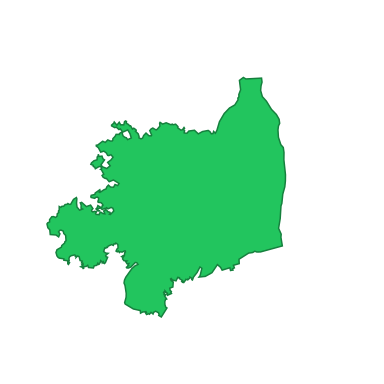 Nawabganj, Rajshahi, Bangladesh, rotated 217°
{"feature_id": "16705992B76725860359822", "entity_name": "Nawabganj", "entity_type": "district", "adm_level": 2, "iso_a3": "BGD", "parent_name": "Bangladesh", "parent_adm1": "Rajshahi", "projection": "robinson", "projection_center": [88.409, 24.691], "detail": "fine", "context": "isolated", "style": "filled", "palette": "green", "viewbox_px": 384, "rotation_deg": 217, "n_neighbors": 0, "source": "geoboundaries", "source_scale": "gbopen_adm2", "svg_char_len": 6009}
<svg xmlns="http://www.w3.org/2000/svg" viewBox="0 0 384 384"><g transform="rotate(217 192 192)"><path d="M248.0,59.9L247.1,59.8L247.3,62.0L249.6,62.4L248.9,63.4L250.2,64.7L250.8,66.6L250.2,68.3L248.0,71.0L247.1,71.2L246.5,70.4L245.7,71.0L245.2,70.0L244.8,72.1L243.2,72.4L240.1,69.9L238.1,70.7L237.6,69.0L236.2,69.4L235.5,68.8L236.3,67.9L235.0,67.5L235.9,65.4L234.3,65.9L232.9,65.4L232.6,66.0L233.6,67.2L231.8,68.8L231.2,70.7L229.2,69.4L225.0,72.0L225.7,74.2L223.9,76.1L224.3,78.4L223.1,77.8L222.7,78.3L223.0,81.0L223.7,82.2L222.2,82.2L221.0,81.3L220.8,82.9L219.5,82.0L218.8,82.2L218.7,83.6L220.1,89.1L221.8,88.6L222.8,89.4L222.1,92.5L224.1,91.3L226.7,91.3L228.0,94.8L227.0,95.3L226.9,96.5L226.2,96.8L226.4,98.3L224.6,101.6L222.7,102.0L223.1,103.6L222.0,104.4L222.2,105.2L221.4,105.5L219.6,105.4L217.4,102.9L217.6,101.2L217.1,99.1L215.7,99.2L215.4,100.5L213.6,100.0L213.6,100.9L211.6,102.0L210.4,104.5L209.8,104.8L209.0,104.0L209.2,103.1L207.7,100.4L207.8,99.6L208.7,99.8L209.3,98.0L207.7,98.3L207.2,96.8L205.0,96.2L202.5,97.7L202.8,96.4L200.7,95.6L199.4,96.9L199.2,95.1L198.4,95.1L199.1,92.4L198.6,92.1L197.2,92.8L195.6,95.4L194.9,101.6L193.5,102.3L191.5,101.7L193.0,98.9L193.9,94.6L193.6,84.1L192.9,81.0L191.5,78.4L189.2,77.0L183.5,71.4L181.3,68.3L179.2,63.1L177.9,62.3L168.4,63.3L162.0,66.2L160.2,64.3L159.2,66.4L156.8,68.8L156.0,68.4L156.6,67.6L154.6,66.8L153.3,68.7L152.4,68.8L152.3,71.2L149.7,71.1L150.2,72.8L149.3,74.9L146.1,75.4L144.5,74.3L144.3,73.4L141.3,73.7L142.2,84.3L143.6,84.2L145.8,85.7L147.7,88.0L148.5,90.3L147.8,91.3L151.2,92.4L151.2,94.4L152.6,93.3L153.2,94.4L154.1,94.5L154.2,95.6L153.5,96.3L154.0,96.8L153.0,96.7L152.7,96.0L150.7,96.4L149.4,94.8L147.3,98.6L148.4,99.0L148.5,100.0L150.4,100.4L151.9,101.8L150.1,104.6L152.8,108.8L155.3,108.7L156.8,109.6L156.6,110.4L154.6,110.0L151.3,111.4L152.0,115.3L150.5,116.0L150.1,115.2L146.6,115.6L146.4,113.7L146.4,115.3L144.9,115.2L144.9,114.3L144.1,114.7L144.1,118.4L145.0,118.3L142.6,119.2L142.8,119.9L142.4,119.9L141.9,122.0L142.4,122.8L139.8,123.0L139.5,121.9L138.7,122.0L139.6,125.0L139.5,130.7L140.5,136.9L138.2,137.0L135.2,130.1L135.2,128.3L130.6,132.6L127.5,139.6L128.0,149.3L123.8,149.0L120.9,147.7L116.2,154.3L114.0,152.5L112.3,154.3L113.4,155.0L112.5,156.9L114.8,158.4L111.2,163.2L114.0,166.6L110.0,177.3L107.1,180.2L106.2,182.5L104.1,183.1L101.2,185.4L87.4,203.3L93.7,209.3L95.4,212.0L101.0,215.1L105.6,223.9L112.6,234.5L113.4,237.0L118.2,244.9L121.0,252.0L124.1,257.1L127.7,262.0L138.0,273.0L142.3,278.9L145.9,282.5L149.6,283.3L155.9,287.7L160.7,293.3L162.7,296.8L163.3,299.6L166.2,302.5L171.3,304.7L178.3,305.8L187.2,309.3L193.2,310.5L198.3,314.4L200.8,318.4L202.2,321.9L205.0,324.8L217.0,314.7L219.9,314.4L221.3,309.7L214.7,302.9L213.3,298.1L211.8,296.2L211.9,294.6L210.7,293.3L210.2,287.3L212.6,281.7L213.5,274.1L212.4,264.7L209.2,256.2L208.7,253.0L211.2,253.4L210.4,251.3L211.6,250.1L214.0,251.0L216.1,250.9L220.0,246.6L222.0,242.2L227.2,242.8L231.2,238.8L231.4,235.9L233.2,234.7L233.9,234.5L234.9,236.6L236.5,236.6L236.3,238.4L237.2,238.7L237.1,236.0L238.1,234.7L242.0,234.7L242.6,235.8L245.9,236.3L247.6,234.3L248.7,234.3L249.2,233.1L254.3,231.7L256.3,228.6L259.4,228.4L259.3,227.5L257.3,225.3L257.5,221.4L257.8,220.3L258.7,219.8L261.8,219.5L262.6,217.7L262.7,215.6L258.5,213.2L258.3,212.4L260.1,211.0L264.2,211.4L264.6,208.0L263.9,205.3L264.7,203.8L266.9,203.3L267.7,204.5L270.0,206.1L273.7,206.5L273.5,207.4L274.2,208.0L276.9,207.9L277.4,206.4L280.9,207.9L281.6,207.3L283.5,207.7L285.7,207.3L286.8,208.9L287.9,208.7L288.2,207.6L286.9,204.6L289.4,202.7L292.1,203.9L292.2,200.2L296.2,201.1L295.9,199.9L296.5,197.0L296.0,196.4L292.5,196.9L291.4,198.2L287.9,197.9L287.2,199.3L283.4,198.0L280.7,202.9L276.7,201.3L273.0,198.6L274.9,195.1L277.1,195.8L278.8,195.2L281.1,195.4L283.3,197.2L284.5,196.8L285.1,195.0L284.6,194.3L287.3,192.4L286.9,190.2L287.3,187.1L286.4,185.6L286.5,184.6L287.8,183.6L290.6,182.9L291.1,179.4L293.9,178.8L295.6,172.7L296.6,171.8L296.2,171.1L293.4,171.0L288.9,168.9L287.0,171.6L283.9,171.6L281.4,170.5L280.3,171.0L279.2,173.0L276.0,172.3L276.0,168.8L277.2,164.9L273.1,163.7L274.2,159.5L278.8,158.2L281.0,159.0L281.2,165.0L283.1,164.9L285.5,166.5L287.7,164.4L289.5,165.8L288.6,164.0L288.8,162.9L287.2,160.6L289.1,158.0L289.8,154.7L289.4,153.2L286.9,153.9L286.2,153.0L284.6,153.3L283.2,152.4L281.6,156.3L280.1,157.5L278.2,156.2L278.6,155.1L277.8,155.3L273.2,153.1L273.8,151.1L271.9,150.3L269.4,150.6L268.5,151.3L264.3,150.4L262.0,154.3L255.4,154.9L255.2,152.4L258.0,151.7L257.5,148.6L260.0,146.9L262.9,147.2L263.1,144.8L262.5,142.6L263.6,141.0L265.3,136.2L265.9,136.0L266.3,137.8L267.0,138.3L268.7,132.9L268.1,131.6L270.5,128.7L270.0,127.4L269.3,126.9L265.9,128.4L265.5,130.0L264.4,131.0L262.9,130.9L261.6,128.8L261.7,128.1L260.7,127.3L258.1,128.8L255.8,128.3L255.1,127.8L255.4,126.8L254.8,125.8L255.5,124.8L259.0,124.5L258.3,122.4L258.5,120.7L256.6,120.3L254.7,120.8L254.7,121.3L256.6,120.8L257.4,121.3L255.7,124.1L253.2,124.0L251.6,126.6L250.7,127.0L250.8,128.0L248.9,128.1L247.3,131.0L245.3,131.4L243.0,129.7L243.7,124.8L244.6,124.5L244.5,125.9L245.3,126.4L247.5,125.6L249.2,126.2L250.4,125.5L251.1,123.7L248.5,122.1L250.0,121.2L252.8,121.0L253.1,119.6L252.5,118.0L255.1,116.4L256.2,116.9L256.4,118.7L258.1,118.0L259.2,116.4L260.5,116.3L261.3,117.2L261.1,119.1L265.1,120.5L267.6,116.8L273.9,117.3L274.7,116.1L272.7,114.9L270.8,112.2L269.2,112.5L270.8,109.8L274.8,110.8L277.5,113.6L279.9,117.3L281.0,118.0L282.2,114.8L281.5,109.1L282.7,108.2L284.2,108.1L284.3,107.1L285.8,105.6L285.9,103.3L287.3,102.3L287.5,100.8L289.3,100.5L287.2,97.7L287.2,96.4L286.1,95.5L286.5,93.5L285.2,91.5L285.7,89.5L287.7,89.1L289.1,87.9L289.1,84.2L287.7,82.4L288.7,80.5L288.6,79.2L285.6,76.7L282.8,76.2L279.6,72.7L274.8,75.8L271.5,75.9L272.3,79.1L274.6,79.8L274.5,81.8L273.8,82.7L271.4,83.3L269.4,81.7L266.8,81.3L263.3,77.3L263.6,75.8L263.0,74.5L263.8,70.9L263.1,69.3L265.1,64.7L264.2,61.8L261.4,59.7L259.6,59.2L258.2,59.3L254.1,61.5L253.3,60.4L249.8,62.3L248.0,59.9Z" fill="#22c55e" stroke="#15803d" stroke-width="1.5"/></g></svg>